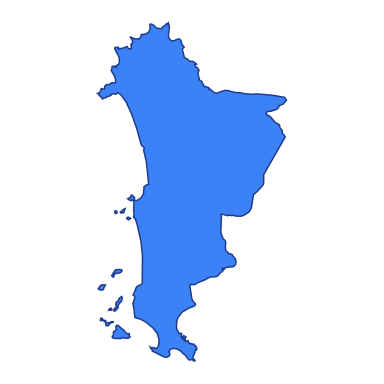 the district of Kiri Sakor, Kaôh Kong, Cambodia
{"feature_id": "14789045B21288093424690", "entity_name": "Kiri Sakor", "entity_type": "district", "adm_level": 2, "iso_a3": "KHM", "parent_name": "Cambodia", "parent_adm1": "Kaôh Kong", "projection": "albers", "projection_center": [103.125, 11.088], "detail": "fine", "context": "isolated", "style": "filled", "palette": "blue", "viewbox_px": 384, "rotation_deg": 0, "n_neighbors": 0, "source": "geoboundaries", "source_scale": "gbopen_adm2", "svg_char_len": 5982}
<svg xmlns="http://www.w3.org/2000/svg" viewBox="0 0 384 384"><path d="M284.8,97.4L274.1,95.5L264.6,94.5L255.9,93.9L254.4,94.3L247.9,94.0L243.5,93.5L240.7,92.7L237.5,92.7L233.1,92.1L228.4,90.7L225.5,90.3L221.6,91.3L217.5,93.1L215.9,93.1L214.1,92.6L211.2,90.0L209.4,89.6L209.7,88.5L209.4,88.2L208.8,88.4L207.9,87.2L206.9,87.2L206.0,86.6L204.4,86.6L203.7,86.0L203.5,84.5L202.1,83.1L202.1,81.8L199.1,79.7L199.3,78.7L198.6,76.9L198.6,75.5L197.7,74.1L199.0,70.3L198.6,69.4L197.8,69.1L197.6,68.0L196.2,67.0L194.7,64.9L195.2,64.3L196.5,64.1L196.2,63.7L192.9,61.4L190.0,61.3L188.8,60.7L187.5,59.1L184.5,57.7L182.4,49.9L182.6,48.7L184.2,47.1L182.0,44.5L181.1,41.1L180.4,39.8L179.6,39.1L178.3,38.9L174.3,40.6L172.0,40.9L170.3,40.0L168.9,37.9L168.4,35.4L169.4,26.5L168.3,23.0L167.7,24.2L167.4,23.8L166.2,23.9L164.9,25.7L163.1,26.4L161.6,28.4L160.0,29.0L159.3,28.5L156.3,28.0L154.0,25.4L152.1,24.4L150.3,24.0L149.8,24.6L150.1,27.5L150.5,27.9L149.0,31.6L147.8,32.8L145.4,34.1L141.2,34.6L141.1,36.7L139.1,38.8L135.4,39.0L130.5,37.1L130.7,38.0L131.5,38.7L132.6,41.2L132.4,43.6L131.1,44.0L130.9,44.9L131.4,46.0L130.9,48.7L128.4,48.7L127.2,46.6L125.7,46.8L124.1,47.8L118.6,49.0L117.5,48.5L118.7,48.5L118.8,47.9L118.3,47.3L115.0,47.4L114.7,48.4L115.0,49.5L116.4,51.4L116.2,51.9L118.4,55.6L119.2,58.1L119.5,62.2L118.6,64.4L117.5,64.8L116.2,66.1L116.6,67.1L116.4,67.5L115.4,67.1L114.7,66.0L112.1,66.6L111.9,69.0L111.1,70.4L114.6,76.3L115.6,80.0L115.6,82.0L115.0,83.1L112.5,82.6L110.7,83.3L109.6,84.3L105.8,85.0L104.8,86.3L104.7,88.2L104.3,89.1L102.8,89.2L102.1,88.4L101.3,88.7L99.7,92.7L97.5,93.4L98.9,94.4L99.1,95.3L102.1,97.9L102.0,98.4L102.6,99.0L103.1,98.4L106.2,97.5L107.4,96.4L109.5,96.1L110.7,95.4L111.0,94.7L111.4,94.8L112.0,93.8L116.1,94.1L116.9,93.7L117.5,92.6L120.2,94.2L121.7,95.9L126.9,103.1L127.0,104.0L131.7,114.1L136.7,128.4L141.2,144.7L141.8,145.6L144.2,147.7L144.3,148.6L143.6,150.0L146.4,161.9L148.6,183.8L148.9,184.1L145.8,185.3L143.8,187.0L144.1,189.6L143.6,190.2L143.6,193.5L141.6,197.0L139.9,198.8L136.3,200.7L134.6,200.1L133.9,198.9L134.7,197.8L132.0,195.0L130.9,195.6L130.8,197.0L127.7,198.8L129.0,199.8L131.1,200.7L132.7,200.1L133.7,201.4L134.0,204.6L133.6,209.9L134.1,214.4L133.5,217.1L135.5,219.3L137.1,224.4L141.0,241.3L142.5,256.4L142.2,283.5L140.7,284.9L138.4,285.5L136.5,287.2L135.6,288.6L135.7,289.8L134.5,291.4L134.5,292.1L133.0,294.9L134.5,296.2L135.0,297.7L133.5,301.5L133.3,303.0L132.8,303.5L134.0,309.1L134.9,317.5L140.8,319.3L145.9,322.1L153.0,327.9L156.2,332.3L157.6,333.3L157.4,334.0L159.1,339.7L158.7,344.9L157.9,346.9L155.9,348.9L153.8,347.5L151.8,348.0L150.2,347.0L151.0,348.7L152.8,350.1L152.2,351.0L152.8,351.5L154.9,352.2L160.6,355.3L164.7,357.1L166.5,357.4L169.0,356.2L169.1,355.5L169.8,354.9L169.5,352.1L168.9,351.6L169.9,349.6L172.9,348.4L176.0,348.7L179.2,350.1L181.5,351.7L183.1,353.7L184.9,354.6L187.4,358.3L189.3,360.0L192.2,359.7L193.4,360.7L194.9,361.0L194.9,360.2L193.0,358.4L192.9,356.6L194.9,352.8L194.9,350.8L195.6,350.0L196.3,350.3L196.9,348.3L195.4,345.7L194.2,345.1L193.9,344.1L192.3,344.2L190.8,343.5L189.8,343.8L189.0,342.6L187.9,342.0L188.2,340.8L185.2,341.2L184.8,340.7L185.3,339.8L184.9,339.5L184.2,340.0L183.5,339.9L182.9,339.4L182.9,338.3L183.3,338.1L184.7,338.6L185.5,338.2L185.9,336.9L183.8,335.7L182.4,337.3L182.0,337.1L181.6,337.5L181.1,336.7L181.6,336.0L181.4,334.9L181.8,334.0L180.8,333.2L179.5,333.7L177.0,329.8L176.5,328.3L176.6,322.7L177.7,318.0L181.5,312.9L182.8,311.7L189.1,308.0L194.4,306.0L195.4,304.7L195.5,304.0L192.7,300.7L191.8,298.5L189.9,286.1L190.2,284.7L195.1,284.5L197.4,282.9L205.4,279.6L210.1,277.0L214.8,276.8L217.5,276.1L220.4,272.8L222.9,270.9L223.2,270.1L222.1,268.6L222.5,268.2L223.0,268.2L224.2,269.2L224.8,268.1L227.5,267.1L232.8,266.8L234.0,266.3L235.5,264.6L236.1,261.7L235.2,258.6L233.0,256.2L232.2,254.6L231.1,254.0L228.8,253.7L227.7,252.1L226.5,251.5L225.7,250.3L225.4,247.5L225.7,241.7L224.7,240.1L222.9,238.5L220.8,232.5L221.4,217.2L221.1,214.3L223.0,214.4L227.6,215.7L229.5,215.2L231.5,215.6L233.2,215.3L236.4,216.2L241.2,216.2L244.1,215.1L248.8,212.2L251.3,208.2L253.5,194.7L257.1,191.6L262.9,185.2L263.7,182.8L263.7,174.6L285.2,137.0L284.5,135.6L282.5,133.6L282.2,130.4L280.0,127.9L279.4,124.7L275.4,122.6L269.8,116.1L267.2,115.2L266.5,114.4L266.3,112.5L267.6,111.5L270.8,111.2L276.1,109.6L277.3,108.9L278.7,107.1L279.1,105.6L282.7,104.4L286.5,100.4L284.8,97.4ZM125.8,332.9L123.7,329.9L122.2,329.0L118.3,325.5L116.7,325.3L115.8,326.5L116.2,329.4L115.1,331.1L114.3,331.6L113.8,331.4L113.3,333.1L113.5,334.7L112.9,335.9L112.4,336.0L112.2,337.2L113.4,338.2L114.4,338.4L120.4,338.6L122.1,337.7L127.7,338.3L129.7,337.5L130.0,336.5L129.3,336.1L129.3,333.7L127.9,333.8L125.8,332.9ZM121.4,301.6L122.4,298.0L121.6,296.5L119.4,298.1L118.2,301.0L116.1,302.3L115.8,305.4L116.5,306.1L116.0,307.3L113.7,309.6L114.0,311.0L115.3,310.9L117.5,308.5L118.3,307.2L117.8,306.1L119.4,303.2L121.4,301.6ZM120.4,269.5L116.6,269.6L114.8,270.4L114.7,271.4L113.2,272.9L113.1,274.0L111.6,275.5L112.6,276.9L113.7,277.0L114.3,274.3L115.5,273.5L117.7,273.3L120.3,272.6L121.2,272.0L122.1,270.5L121.9,270.0L120.4,269.5ZM105.4,284.9L101.7,284.9L100.7,285.3L98.1,288.9L100.3,290.1L102.9,289.9L103.4,289.4L104.5,286.2L105.5,285.3L105.4,284.9ZM110.0,323.2L113.2,322.3L113.2,321.7L111.5,321.6L109.3,322.8L105.6,322.3L105.7,325.0L106.8,326.0L107.4,326.0L109.2,324.8L110.0,323.2ZM122.8,213.0L123.8,212.5L125.1,208.7L123.4,209.5L121.7,211.2L120.3,212.0L120.4,212.6L120.8,212.9L122.8,213.0ZM129.1,219.6L130.6,218.5L128.8,217.3L127.5,217.3L126.6,218.4L128.1,219.7L129.1,219.6ZM115.3,213.7L116.8,213.1L117.2,212.1L115.6,210.6L114.8,211.3L115.1,213.3L115.3,213.7ZM103.8,320.1L102.6,319.7L102.3,319.1L102.4,318.4L101.2,318.2L100.7,318.4L101.0,319.0L100.3,320.1L100.5,320.6L103.1,320.5L103.8,320.1ZM111.8,309.1L111.2,308.4L110.3,308.3L109.1,309.3L108.7,310.3L110.1,310.0L111.4,310.2L111.8,310.0L111.8,309.1ZM105.6,320.6L104.2,320.7L104.1,321.2L104.9,321.7L105.5,321.6L105.6,320.6Z" fill="#3b82f6" stroke="#1e3a8a" stroke-width="1.5"/></svg>